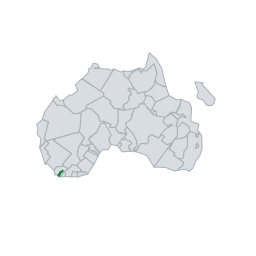 Gambia on a map of Africa (Albers equal-area conic projection), rotated 313°
{"feature_id": "GMB", "entity_name": "Gambia", "entity_type": "country or territory", "adm_level": 0, "iso_a3": "GMB", "parent_name": "Africa", "parent_adm1": "", "projection": "albers", "projection_center": [-15.506, 13.438], "detail": "fine", "context": "in_parent", "style": "filled", "palette": "green", "viewbox_px": 256, "rotation_deg": 313, "n_neighbors": 49, "source": "natural_earth", "source_scale": "50m", "svg_char_len": 10683}
<svg xmlns="http://www.w3.org/2000/svg" viewBox="0 0 256 256"><g transform="rotate(313 128 128)"><path d="M165.6,130.5L179.8,135.9L181.6,144.1L185.1,147.3L183.5,148.9L171.8,152.8L168.9,148.8L161.2,148.0L157.8,144.6L156.3,140.3L159.2,137.2L157.5,132.5L165.6,130.5Z" fill="#d9dde1" stroke="#a8b0b8" stroke-width="1"/><path d="M63.0,77.1L63.1,80.5L56.1,80.6L56.3,86.4L54.2,86.6L54.2,91.1L45.2,91.9L53.6,76.7L63.0,77.1Z" fill="#d9dde1" stroke="#a8b0b8" stroke-width="1"/><path d="M156.3,140.3L161.2,148.0L156.5,149.3L156.8,156.3L160.0,156.5L160.6,158.7L153.8,156.4L141.4,157.4L139.1,149.4L135.0,149.3L132.8,151.9L129.1,152.6L125.7,148.2L115.6,149.2L118.7,146.0L121.2,146.8L124.2,143.2L127.2,135.8L127.9,125.1L129.7,122.9L136.9,124.2L143.9,120.2L147.9,119.6L150.7,121.3L153.5,120.0L157.9,124.8L155.5,128.9L156.3,140.3Z" fill="#d9dde1" stroke="#a8b0b8" stroke-width="1"/><path d="M183.8,128.2L180.1,118.7L182.0,114.8L188.0,111.6L192.6,103.3L182.8,102.9L179.6,100.4L180.4,98.1L184.2,99.6L197.5,92.3L197.7,101.7L194.7,111.7L183.8,128.2Z" fill="#d9dde1" stroke="#a8b0b8" stroke-width="1"/><path d="M179.8,135.9L165.6,130.5L166.9,123.6L163.5,118.9L165.8,115.5L173.2,118.4L181.5,115.7L180.1,118.7L183.8,128.2L179.8,135.9Z" fill="#d9dde1" stroke="#a8b0b8" stroke-width="1"/><path d="M140.3,113.9L138.4,113.2L137.5,112.6L137.3,110.0L132.8,104.9L134.1,97.4L136.0,97.3L134.3,87.3L136.8,86.9L136.1,82.4L161.4,77.5L164.3,84.9L166.7,85.8L163.8,88.9L164.2,96.8L161.1,104.4L161.4,108.9L157.0,101.4L155.0,107.6L151.7,107.0L149.8,109.5L144.8,110.2L140.7,109.0L138.6,113.2L140.3,113.9Z" fill="#d9dde1" stroke="#a8b0b8" stroke-width="1"/><path d="M134.5,88.3L136.0,97.3L134.1,97.4L132.8,104.9L135.4,107.8L125.4,116.9L119.4,118.8L115.8,114.3L119.1,112.9L116.2,105.4L113.5,103.3L116.7,97.7L117.0,88.9L114.0,83.6L116.0,82.1L134.5,88.3Z" fill="#d9dde1" stroke="#a8b0b8" stroke-width="1"/><path d="M131.6,193.6L132.7,192.5L137.2,193.7L140.8,192.1L139.8,185.4L142.9,188.8L144.7,188.3L148.7,185.0L154.7,184.4L163.2,176.4L167.7,175.8L170.3,179.4L170.6,182.2L168.6,182.4L168.0,184.4L169.7,185.1L173.5,183.3L172.6,187.2L163.6,196.1L157.5,199.1L149.1,200.4L142.8,202.9L138.2,202.4L137.2,198.3L131.6,193.6ZM164.3,189.2L162.0,189.4L159.5,191.7L162.6,192.3L164.3,189.2Z" fill="#d9dde1" stroke="#a8b0b8" stroke-width="1"/><path d="M164.3,189.2L162.6,192.3L159.5,191.7L162.0,189.4L164.3,189.2Z" fill="#d9dde1" stroke="#a8b0b8" stroke-width="1"/><path d="M167.7,175.8L159.4,175.8L151.2,169.7L155.8,169.4L162.9,163.1L169.7,164.2L170.6,171.4L167.7,175.8Z" fill="#d9dde1" stroke="#a8b0b8" stroke-width="1"/><path d="M163.2,176.4L154.7,184.4L148.7,185.0L144.7,188.3L142.9,188.8L139.8,185.4L139.0,179.9L141.5,179.4L140.5,172.5L151.2,169.7L159.4,175.8L163.2,176.4Z" fill="#d9dde1" stroke="#a8b0b8" stroke-width="1"/><path d="M139.0,179.9L140.8,192.1L137.2,193.7L132.7,192.5L131.6,193.6L128.3,191.3L124.7,182.3L117.2,173.6L150.7,169.5L140.5,172.5L141.5,179.4L139.0,179.9Z" fill="#d9dde1" stroke="#a8b0b8" stroke-width="1"/><path d="M45.8,108.9L43.8,106.3L47.2,102.3L50.6,102.0L56.0,106.5L57.6,111.5L45.9,111.7L45.5,110.0L52.3,109.1L45.8,108.9Z" fill="#d9dde1" stroke="#a8b0b8" stroke-width="1"/><path d="M57.6,111.5L56.0,106.5L57.1,104.7L70.8,104.1L68.0,82.5L71.2,82.3L89.4,93.3L89.5,94.8L92.0,94.4L91.2,102.7L80.8,104.8L74.4,108.6L71.6,115.9L65.6,116.5L63.0,111.7L60.7,112.9L57.6,111.5Z" fill="#d9dde1" stroke="#a8b0b8" stroke-width="1"/><path d="M45.2,91.9L54.2,91.1L54.2,86.6L56.3,86.4L56.1,80.6L63.1,80.5L63.0,77.1L71.2,82.3L68.0,82.5L70.8,104.1L57.1,104.7L56.0,106.5L50.6,102.0L46.4,103.1L46.9,93.9L45.2,91.9Z" fill="#d9dde1" stroke="#a8b0b8" stroke-width="1"/><path d="M90.7,124.3L88.8,124.7L87.9,117.9L85.6,114.9L90.0,110.5L92.4,113.8L90.4,119.2L90.7,124.3Z" fill="#d9dde1" stroke="#a8b0b8" stroke-width="1"/><path d="M114.0,83.6L117.0,88.9L116.7,97.7L113.5,103.3L116.2,105.4L115.5,107.5L112.7,105.2L103.8,108.0L95.6,106.3L92.6,107.3L91.9,111.7L85.8,109.4L84.1,104.7L91.2,102.7L92.0,94.4L107.8,82.9L112.6,84.6L114.0,83.6Z" fill="#d9dde1" stroke="#a8b0b8" stroke-width="1"/><path d="M90.7,124.3L93.2,106.8L103.8,108.0L112.7,105.2L116.5,108.3L111.4,120.7L105.8,122.6L104.4,126.6L98.5,128.3L94.5,124.0L90.7,124.3Z" fill="#d9dde1" stroke="#a8b0b8" stroke-width="1"/><path d="M116.1,106.5L119.1,112.9L115.8,114.3L119.7,118.1L118.3,125.1L122.6,131.5L107.7,131.9L104.5,127.2L104.9,124.9L107.7,121.0L111.4,120.7L116.1,106.5Z" fill="#d9dde1" stroke="#a8b0b8" stroke-width="1"/><path d="M85.8,113.7L88.8,124.7L87.0,125.3L83.7,114.5L85.8,113.7Z" fill="#d9dde1" stroke="#a8b0b8" stroke-width="1"/><path d="M83.8,113.8L87.0,125.3L78.0,128.0L77.1,114.3L83.8,113.8Z" fill="#d9dde1" stroke="#a8b0b8" stroke-width="1"/><path d="M65.6,116.5L69.7,115.6L77.5,117.3L78.0,128.0L66.8,129.9L67.0,126.8L64.5,125.2L65.6,116.5Z" fill="#d9dde1" stroke="#a8b0b8" stroke-width="1"/><path d="M52.6,111.3L60.7,112.9L63.0,111.7L65.6,116.5L65.2,122.3L63.1,123.3L61.8,120.5L60.0,121.0L58.6,117.1L53.7,119.8L49.4,114.9L52.6,111.3Z" fill="#d9dde1" stroke="#a8b0b8" stroke-width="1"/><path d="M45.9,111.7L52.6,111.3L52.6,113.1L49.4,114.9L45.9,111.7Z" fill="#d9dde1" stroke="#a8b0b8" stroke-width="1"/><path d="M64.8,122.4L64.5,125.2L67.0,126.8L66.8,129.9L58.0,124.6L60.7,120.8L63.1,123.3L64.8,122.4Z" fill="#d9dde1" stroke="#a8b0b8" stroke-width="1"/><path d="M53.7,119.8L58.6,117.1L60.7,120.8L58.0,124.6L53.7,119.8Z" fill="#d9dde1" stroke="#a8b0b8" stroke-width="1"/><path d="M71.6,115.9L73.8,109.2L80.8,104.8L84.1,104.7L85.8,109.4L88.5,109.8L85.8,113.7L77.1,114.3L77.5,117.3L71.6,115.9Z" fill="#d9dde1" stroke="#a8b0b8" stroke-width="1"/><path d="M147.9,119.6L141.1,121.0L136.9,124.2L129.7,122.9L127.9,126.7L124.8,126.6L122.6,130.3L118.1,123.5L119.4,118.8L125.4,116.9L135.4,107.8L137.5,112.6L147.9,119.6Z" fill="#d9dde1" stroke="#a8b0b8" stroke-width="1"/><path d="M127.9,126.7L127.2,135.8L124.2,143.2L121.2,146.8L116.4,146.2L114.8,147.7L112.6,145.6L114.3,144.1L113.2,142.8L115.6,140.7L119.1,141.4L119.9,138.8L118.1,135.9L118.8,133.2L116.4,133.2L115.7,131.1L122.6,131.5L124.8,126.6L127.9,126.7Z" fill="#d9dde1" stroke="#a8b0b8" stroke-width="1"/><path d="M111.5,131.6L115.4,131.0L116.4,133.2L118.8,133.2L118.1,135.9L119.9,138.8L119.1,141.4L115.6,140.7L113.2,142.8L114.3,144.1L112.6,145.6L106.4,139.8L107.6,134.9L111.8,134.3L111.5,131.6Z" fill="#d9dde1" stroke="#a8b0b8" stroke-width="1"/><path d="M107.7,131.9L111.5,131.6L111.8,134.3L107.6,134.9L107.7,131.9Z" fill="#d9dde1" stroke="#a8b0b8" stroke-width="1"/><path d="M161.2,148.0L167.8,149.6L168.1,158.3L169.5,158.5L162.4,161.7L162.9,163.1L155.8,169.4L146.1,170.1L142.3,167.7L141.4,161.2L146.5,160.4L145.6,156.3L153.8,156.4L160.6,158.7L160.0,156.5L156.8,156.3L156.0,150.7L157.1,148.9L161.2,148.0Z" fill="#d9dde1" stroke="#a8b0b8" stroke-width="1"/><path d="M166.4,148.9L170.5,150.1L172.6,157.1L175.8,158.6L175.2,163.3L172.8,159.2L168.1,158.3L168.7,151.3L166.4,148.9Z" fill="#d9dde1" stroke="#a8b0b8" stroke-width="1"/><path d="M171.8,152.8L178.9,151.4L185.1,147.3L188.3,156.0L186.0,160.8L175.8,169.3L179.2,177.2L173.4,180.7L173.5,183.3L171.5,183.7L167.7,175.8L170.6,171.4L169.7,164.2L163.2,163.8L162.4,161.7L169.5,158.5L172.8,159.2L175.2,163.3L175.8,158.6L172.6,157.1L171.8,152.8Z" fill="#d9dde1" stroke="#a8b0b8" stroke-width="1"/><path d="M171.5,183.7L169.7,185.1L168.0,184.4L168.6,182.4L171.5,183.7Z" fill="#d9dde1" stroke="#a8b0b8" stroke-width="1"/><path d="M114.8,147.7L116.5,147.4L115.6,149.2L114.8,147.7ZM116.1,149.9L125.7,148.2L129.1,152.6L132.8,151.9L135.0,149.3L139.1,149.4L141.4,157.4L146.0,157.0L146.5,160.4L141.4,161.2L142.3,167.7L146.1,170.1L117.2,173.6L120.8,160.6L116.1,149.9Z" fill="#d9dde1" stroke="#a8b0b8" stroke-width="1"/><path d="M158.2,135.3L159.2,137.2L156.3,140.3L154.9,136.9L158.2,135.3Z" fill="#d9dde1" stroke="#a8b0b8" stroke-width="1"/><path d="M207.3,145.5L212.2,152.1L210.5,152.6L208.8,171.8L204.9,174.1L201.1,173.8L198.4,170.2L199.6,163.2L197.4,159.5L198.0,156.9L202.3,154.9L207.3,145.5Z" fill="#d9dde1" stroke="#a8b0b8" stroke-width="1"/><path d="M100.8,68.2L96.0,60.4L97.2,54.2L99.3,53.1L100.8,54.3L102.5,53.3L101.3,59.4L104.3,61.6L100.8,68.2Z" fill="#d9dde1" stroke="#a8b0b8" stroke-width="1"/><path d="M63.0,77.1L63.0,73.9L78.0,65.7L75.9,59.6L77.8,58.3L83.1,56.1L97.2,54.2L96.0,60.4L99.5,64.4L101.7,70.1L101.4,77.6L103.9,81.2L107.8,82.9L95.0,93.1L89.5,94.8L89.4,93.3L63.0,77.1Z" fill="#d9dde1" stroke="#a8b0b8" stroke-width="1"/><path d="M164.1,94.8L163.8,88.9L166.7,85.8L169.6,90.1L179.6,95.4L178.1,96.1L171.9,92.9L164.1,94.8Z" fill="#d9dde1" stroke="#a8b0b8" stroke-width="1"/><path d="M53.6,76.7L61.0,71.5L61.4,65.8L66.3,62.3L68.2,58.7L75.9,59.6L78.0,65.7L63.0,73.9L63.0,76.5L53.6,76.7Z" fill="#d9dde1" stroke="#a8b0b8" stroke-width="1"/><path d="M161.4,77.5L136.1,82.4L132.9,61.1L140.9,61.3L144.8,59.0L147.1,60.0L151.7,58.4L153.8,61.8L153.0,65.8L148.3,62.4L158.0,73.8L158.0,75.7L161.4,77.5Z" fill="#d9dde1" stroke="#a8b0b8" stroke-width="1"/><path d="M132.3,60.5L136.8,86.9L134.5,88.3L116.0,82.1L112.6,84.6L103.9,81.2L101.4,77.6L101.5,65.8L104.3,61.6L112.3,62.6L113.5,64.4L120.8,65.9L123.7,60.1L132.3,60.5Z" fill="#d9dde1" stroke="#a8b0b8" stroke-width="1"/><path d="M192.6,103.3L188.0,111.6L176.6,118.0L168.3,117.4L159.5,111.4L164.1,94.8L166.8,94.7L167.1,92.9L175.9,94.5L178.1,96.1L177.5,99.8L179.9,99.5L182.8,102.9L192.6,103.3Z" fill="#d9dde1" stroke="#a8b0b8" stroke-width="1"/><path d="M178.1,96.1L180.3,95.9L179.9,99.5L177.5,99.8L178.1,96.1Z" fill="#d9dde1" stroke="#a8b0b8" stroke-width="1"/><path d="M165.6,130.5L155.6,133.3L157.3,121.2L163.5,118.9L164.9,120.2L166.9,123.6L165.6,130.5Z" fill="#d9dde1" stroke="#a8b0b8" stroke-width="1"/><path d="M157.5,132.5L158.8,134.9L154.9,136.9L155.1,134.1L157.5,132.5Z" fill="#d9dde1" stroke="#a8b0b8" stroke-width="1"/><path d="M156.5,122.0L153.5,120.0L149.6,121.2L138.6,113.2L142.2,108.4L144.8,110.2L149.8,109.5L151.7,107.0L155.0,107.6L156.8,104.2L155.6,102.3L158.1,101.4L161.4,108.9L159.5,111.4L165.8,115.5L162.3,120.2L156.5,122.0Z" fill="#d9dde1" stroke="#a8b0b8" stroke-width="1"/><path d="M46.2,109.0L46.8,108.9L47.4,108.9L48.2,109.0L48.5,109.0L48.7,108.6L49.1,108.5L49.5,108.4L49.6,108.5L49.8,108.5L50.2,108.8L50.5,108.8L50.8,109.0L51.0,109.1L51.3,109.2L51.5,109.1L52.0,109.1L52.3,109.2L52.3,109.4L52.3,109.5L51.9,109.6L51.4,109.8L51.0,109.7L50.4,109.5L50.1,109.4L49.8,109.2L49.6,109.1L49.4,109.0L49.2,109.2L49.1,109.3L48.6,109.4L48.2,109.5L47.9,109.6L47.8,110.0L47.4,110.0L46.9,109.9L46.5,110.0L46.0,110.0L45.9,110.0L45.7,110.2L45.6,109.5L45.8,109.3L45.9,109.2L46.1,109.3L46.1,109.5L46.5,109.7L46.8,109.6L47.0,109.7L47.1,109.4L47.5,109.4L47.9,109.3L48.3,109.3L48.6,109.3L48.7,109.2L48.4,109.2L47.8,109.3L47.1,109.3L46.7,109.5L46.3,109.3L46.2,109.0Z" fill="#22c55e" stroke="#15803d" stroke-width="1.5"/></g></svg>